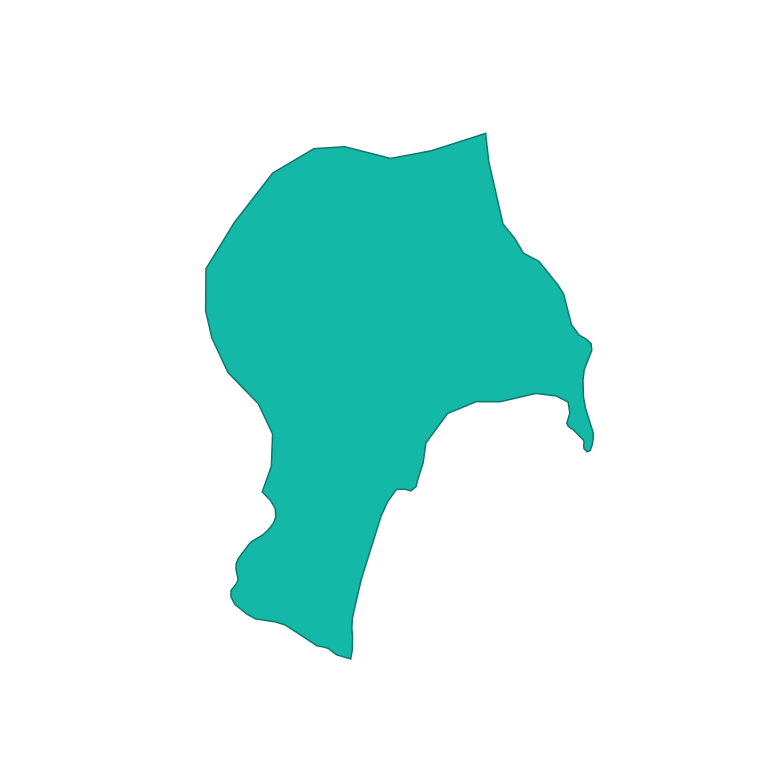 Santa Elena, Natural Earth projection, rotated 210°
{"feature_id": "ECU-5507", "entity_name": "Santa Elena", "entity_type": "Province", "adm_level": 1, "iso_a3": "ECU", "parent_name": "Ecuador", "parent_adm1": "", "projection": "natural_earth1", "projection_center": [-80.701, -2.093], "detail": "fine", "context": "isolated", "style": "filled", "palette": "teal", "viewbox_px": 768, "rotation_deg": 210, "n_neighbors": 0, "source": "natural_earth", "source_scale": "10m", "svg_char_len": 1299}
<svg xmlns="http://www.w3.org/2000/svg" viewBox="0 0 768 768"><g transform="rotate(210 384 384)"><path d="M421.3,651.9L404.7,629.3L361.0,582.1L343.9,575.6L328.5,567.0L311.3,567.7L283.2,556.9L273.5,551.8L251.2,529.0L239.5,523.9L231.2,524.0L224.9,522.6L220.9,517.1L217.7,496.4L213.7,487.1L205.0,472.8L197.7,464.1L178.0,445.9L175.8,441.9L173.3,435.5L172.2,429.5L174.2,426.8L178.5,428.0L180.4,430.6L181.5,433.5L183.3,435.2L196.8,438.9L203.1,439.4L206.0,441.3L208.6,451.8L215.5,460.4L228.7,459.8L247.7,451.8L274.6,426.7L295.3,414.8L314.2,390.3L318.2,353.9L310.7,335.3L306.5,316.2L304.9,311.2L307.3,304.8L313.0,303.5L320.5,298.9L322.0,283.9L320.5,268.3L305.9,203.1L298.0,177.3L294.5,166.0L289.9,156.6L284.9,149.5L278.6,138.2L275.4,129.2L275.5,129.2L289.7,125.7L299.8,127.1L303.6,126.4L311.0,123.8L349.1,125.9L359.3,123.6L377.8,116.3L387.4,116.1L403.0,118.6L410.2,123.3L413.3,128.7L412.4,134.3L412.0,138.5L412.9,142.1L419.8,149.9L422.2,154.6L422.9,160.1L420.7,178.0L419.8,181.5L413.6,192.7L411.9,197.9L410.7,203.4L410.2,209.2L411.4,215.0L416.0,221.8L424.2,226.5L435.5,229.6L440.4,256.4L455.5,285.0L483.0,304.1L524.8,315.9L556.1,337.8L575.1,358.2L595.8,394.8L594.4,448.9L585.9,511.0L562.4,552.7L536.6,569.9L491.2,582.6L459.6,609.7L421.3,651.9Z" fill="#14b8a6" stroke="#0f766e" stroke-width="1.5"/></g></svg>